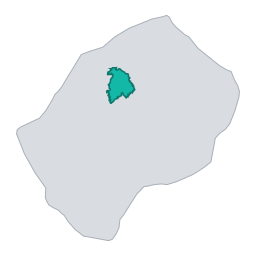 location of Makeoana, Berea, Lesotho
{"feature_id": "5366337B60128688215612", "entity_name": "Makeoana", "entity_type": "district", "adm_level": 2, "iso_a3": "LSO", "parent_name": "Lesotho", "parent_adm1": "Berea", "projection": "albers", "projection_center": [28.111, -29.223], "detail": "fine", "context": "in_parent", "style": "filled", "palette": "teal", "viewbox_px": 256, "rotation_deg": 0, "n_neighbors": 0, "source": "geoboundaries", "source_scale": "gbopen_adm2", "svg_char_len": 5746}
<svg xmlns="http://www.w3.org/2000/svg" viewBox="0 0 256 256"><path d="M176.5,181.7L168.0,184.3L166.8,184.6L161.4,183.9L154.1,184.6L148.3,186.0L143.9,186.6L136.6,194.3L123.4,215.2L119.9,219.6L119.0,227.8L115.9,234.3L112.2,239.4L108.5,240.6L97.6,238.6L83.6,236.1L75.4,229.8L68.1,221.5L64.3,215.5L60.2,212.2L58.8,210.4L53.1,207.6L51.0,206.2L49.0,205.2L46.7,201.2L45.3,197.7L45.8,188.0L41.7,182.2L34.8,172.4L30.3,164.3L24.2,153.3L20.5,143.9L16.6,134.1L17.1,129.9L20.7,127.0L31.3,122.0L39.6,118.1L45.5,111.0L51.9,100.6L55.0,94.3L58.1,91.4L61.6,87.0L67.5,77.1L74.2,66.2L81.3,54.5L90.4,51.1L102.8,47.2L114.7,36.9L129.0,28.3L151.9,19.0L162.7,16.7L166.7,15.4L169.3,17.1L172.0,22.5L175.9,27.0L184.9,34.8L188.7,36.7L198.0,48.3L207.9,56.3L219.3,65.5L227.1,70.1L231.1,71.4L234.3,79.5L237.6,85.5L239.4,91.2L239.0,96.6L235.2,110.0L229.8,123.6L225.5,129.2L220.3,132.8L215.3,138.1L213.3,149.1L210.9,161.9L204.3,167.2L199.2,170.6L192.1,174.9L176.5,181.7Z" fill="#d9dde1" stroke="#a8b0b8" stroke-width="1"/><path d="M126.2,97.9L126.5,97.5L126.5,96.8L126.9,96.7L127.5,97.0L127.8,96.9L127.5,96.7L127.3,96.4L127.6,96.0L128.1,95.9L128.4,95.7L128.2,95.3L128.1,94.6L128.6,94.9L129.1,95.0L129.3,94.9L129.4,94.7L129.1,94.3L129.1,94.1L129.3,94.0L129.4,93.3L129.7,93.2L129.9,93.3L130.1,93.6L130.4,93.6L130.6,93.5L130.7,93.3L130.4,93.1L130.8,93.0L131.0,92.9L130.9,92.4L131.1,92.4L131.2,92.7L131.4,92.5L131.4,92.3L131.5,92.3L131.8,92.4L132.1,92.3L132.3,92.1L132.4,92.3L132.5,91.9L133.1,91.8L133.1,91.7L132.8,91.3L132.8,91.2L133.1,91.2L133.3,90.9L133.1,90.6L133.4,90.4L133.7,90.1L133.8,89.9L134.0,89.8L134.3,90.3L134.4,90.2L134.7,89.7L134.4,89.5L134.2,89.6L134.1,89.4L134.4,88.7L134.2,88.5L133.9,88.4L133.9,88.2L134.1,88.3L133.8,87.3L133.8,87.0L133.7,86.5L133.4,86.7L133.2,86.5L132.9,86.5L132.8,86.3L132.7,86.1L132.9,86.0L133.0,86.1L133.1,85.8L132.9,85.7L133.2,85.6L133.2,85.2L132.8,85.2L132.7,85.3L132.4,85.2L132.3,84.7L132.4,84.3L131.8,84.3L132.0,84.2L132.0,83.9L131.6,84.0L131.5,83.8L132.0,83.5L132.0,83.4L131.9,83.3L131.6,83.5L131.4,83.5L131.5,82.9L131.4,82.8L131.1,82.9L131.0,82.4L130.8,82.3L130.7,82.3L130.4,82.2L129.9,82.0L129.9,81.7L129.6,81.5L129.8,81.3L129.7,81.3L129.7,81.0L129.4,80.9L129.5,80.7L129.1,80.3L129.0,80.0L128.8,79.8L128.9,79.4L128.8,79.1L129.0,79.0L129.0,78.8L129.4,78.6L129.5,78.4L129.7,78.2L129.9,77.9L129.0,77.1L128.5,76.9L128.4,76.8L128.5,75.8L128.3,74.8L128.1,74.1L127.9,73.8L126.9,73.7L126.7,73.8L126.4,73.7L126.2,73.8L126.1,73.7L125.8,73.7L125.4,73.4L125.0,73.0L124.7,72.3L124.0,71.8L123.0,71.5L122.1,70.8L121.8,70.8L121.6,70.4L121.4,70.3L121.2,70.4L121.0,70.2L120.9,69.9L120.7,69.6L120.3,69.1L119.7,68.8L119.5,68.7L119.3,68.8L119.1,68.8L118.8,68.9L118.7,69.2L118.6,69.3L118.2,69.2L118.0,69.5L117.8,69.8L117.3,70.0L117.1,70.0L116.9,70.2L116.2,69.7L116.3,69.5L116.2,69.4L116.0,69.5L115.9,69.6L115.6,69.4L115.8,69.1L115.8,68.7L115.9,68.4L116.2,68.4L116.2,67.9L116.3,67.7L115.9,67.8L115.3,67.7L115.1,67.8L113.9,67.7L113.5,67.8L112.8,67.7L112.5,67.8L112.4,68.1L112.0,68.3L111.8,68.6L110.5,68.7L110.7,68.8L110.9,69.2L110.9,69.4L111.3,69.5L111.5,70.0L111.3,70.1L111.1,70.0L110.5,70.2L110.4,70.6L110.3,70.8L110.2,71.1L109.5,71.2L109.2,71.7L109.1,71.8L108.8,72.0L108.5,72.0L108.3,71.9L107.8,72.2L107.8,72.4L107.9,73.0L107.7,73.5L107.6,73.8L107.5,74.2L107.6,74.4L107.8,74.4L108.0,74.7L108.4,74.6L108.6,74.6L108.7,74.3L108.9,74.0L108.8,73.8L108.9,73.7L109.0,73.8L109.1,74.0L109.3,74.1L109.5,74.3L109.8,74.4L110.1,74.0L110.2,74.3L110.5,74.5L111.0,74.5L111.3,74.7L111.6,74.6L111.6,74.4L111.4,74.1L111.5,73.9L111.6,74.1L111.9,74.1L111.9,73.9L112.0,74.0L112.3,74.3L112.4,74.1L112.6,74.1L112.8,74.2L112.7,74.2L112.8,74.4L112.7,74.7L112.9,74.8L112.9,75.1L112.8,75.8L112.8,76.1L112.6,76.4L112.5,76.7L112.6,77.2L112.3,77.5L112.0,77.7L112.0,77.8L111.9,78.0L111.4,78.1L111.0,78.7L110.9,78.9L111.0,78.9L111.0,79.2L110.8,79.3L110.7,79.5L110.5,80.6L110.5,81.2L110.5,81.3L110.5,81.7L110.1,82.3L110.1,82.8L109.7,83.1L109.7,83.3L109.2,83.7L109.1,83.9L109.0,84.2L108.8,84.6L108.9,84.9L109.2,85.2L109.1,85.3L108.8,85.2L109.0,85.6L108.9,85.7L109.1,85.8L109.3,86.1L109.3,86.4L109.4,86.5L109.4,86.8L109.2,87.0L109.2,87.6L109.1,88.0L109.9,88.9L110.1,88.9L110.3,89.3L109.9,90.3L108.9,90.9L108.4,90.8L108.2,90.5L107.6,90.5L107.3,90.9L107.0,90.9L106.7,91.0L106.7,91.4L106.8,91.6L106.8,92.4L107.1,92.2L107.7,92.2L107.9,92.0L108.3,92.3L108.4,92.7L108.7,92.7L108.7,92.8L108.9,93.0L108.8,93.3L109.0,93.7L108.8,93.8L108.8,94.0L108.6,94.1L108.9,94.5L108.5,94.5L108.4,94.6L108.6,94.9L108.5,95.1L108.5,95.3L108.2,95.2L108.1,95.5L108.8,95.6L109.0,95.5L109.2,95.8L109.0,96.0L109.0,96.5L109.5,96.6L109.6,96.9L109.5,97.2L109.2,97.3L109.0,97.5L109.3,97.8L109.6,97.8L110.0,97.6L109.9,97.9L109.9,98.1L109.7,98.1L109.7,98.4L110.0,98.4L110.1,98.7L110.0,98.8L109.7,98.8L109.3,99.0L109.2,99.5L109.6,99.8L110.2,99.8L109.9,100.1L109.3,100.0L109.1,100.2L109.1,100.3L109.3,100.6L110.0,100.7L110.1,100.9L110.0,101.2L110.1,101.3L110.4,101.1L110.5,101.2L110.4,101.5L110.5,101.8L110.1,102.3L110.5,102.7L110.4,102.9L110.6,103.1L110.8,103.2L111.2,103.2L111.7,102.7L112.5,102.2L113.9,100.9L114.0,100.3L114.4,99.9L114.5,99.5L114.8,99.2L115.3,99.1L115.5,99.0L116.0,98.9L116.5,98.9L116.8,98.7L117.2,98.5L117.3,98.5L117.5,98.5L117.5,98.3L117.8,98.1L117.5,98.0L117.4,97.9L117.3,97.6L117.1,97.3L117.1,97.1L117.4,96.9L118.1,97.0L118.2,96.8L118.0,96.6L118.2,96.4L118.9,96.5L119.0,96.6L119.6,96.4L119.8,96.5L120.5,95.8L120.8,95.7L121.0,95.8L121.4,95.7L121.7,94.7L121.4,94.3L121.4,94.0L121.4,93.1L121.6,92.9L122.1,92.6L122.3,92.6L122.8,92.9L123.0,93.1L123.2,93.7L123.2,94.3L123.3,94.7L123.7,95.0L123.9,95.3L124.2,95.7L124.5,95.7L124.7,95.8L124.8,95.9L124.8,96.1L125.1,96.4L125.0,96.5L125.4,96.9L125.6,97.1L125.9,97.2L126.0,97.3L126.2,97.6L126.0,97.8L126.2,97.9Z" fill="#14b8a6" stroke="#0f766e" stroke-width="1.5"/></svg>